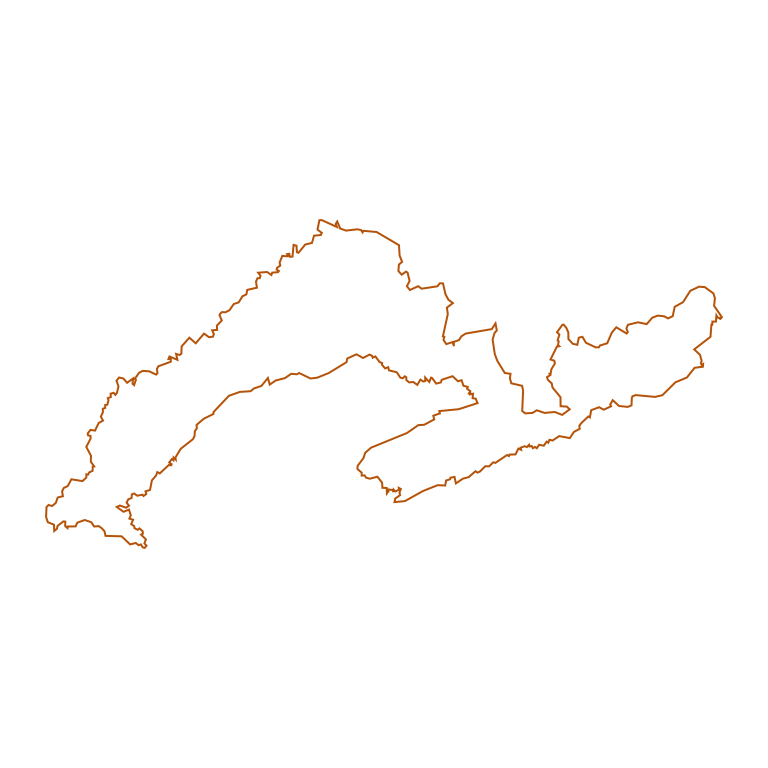 the district of Tlaltetela, Veracruz, Mexico
{"feature_id": "50627088B55726085156575", "entity_name": "Tlaltetela", "entity_type": "district", "adm_level": 2, "iso_a3": "MEX", "parent_name": "Mexico", "parent_adm1": "Veracruz", "projection": "natural_earth1", "projection_center": [-96.832, 19.284], "detail": "fine", "context": "isolated", "style": "outline", "palette": "amber", "viewbox_px": 768, "rotation_deg": 0, "n_neighbors": 0, "source": "geoboundaries", "source_scale": "gbopen_adm2", "svg_char_len": 6081}
<svg xmlns="http://www.w3.org/2000/svg" viewBox="0 0 768 768"><path d="M48.5,505.0L46.5,507.1L46.1,517.1L47.8,522.2L54.0,524.7L54.2,531.0L56.9,528.8L57.6,525.9L63.4,521.4L65.3,521.6L65.2,526.1L67.5,528.1L67.7,526.5L75.6,526.4L77.3,522.7L84.7,520.0L91.3,522.2L94.1,526.5L98.7,526.1L101.6,528.1L104.5,531.2L105.5,535.9L121.6,536.3L130.1,544.4L135.8,543.0L138.6,545.2L140.9,544.4L142.7,547.3L144.7,547.9L146.5,545.6L144.4,543.4L145.9,539.4L141.1,534.6L142.9,533.6L142.6,531.1L139.4,528.4L137.7,529.8L134.5,528.2L134.2,526.1L131.2,524.2L133.1,519.8L129.4,518.6L130.8,515.3L129.0,509.6L123.5,511.8L116.8,507.0L119.9,505.5L126.1,507.7L129.0,505.7L126.6,502.6L128.3,499.3L131.6,498.0L131.8,494.4L134.2,493.5L137.2,495.7L142.5,494.7L143.5,496.0L146.3,494.0L145.5,491.3L150.0,490.0L151.9,480.4L156.1,475.5L157.3,472.1L159.8,473.4L168.8,465.0L171.2,465.3L171.6,464.2L169.2,462.5L171.8,459.1L173.4,460.3L173.6,457.5L175.7,459.6L175.4,457.6L180.7,448.8L192.9,439.2L194.5,436.2L194.9,431.0L196.8,428.4L196.6,424.8L204.0,418.6L213.4,414.0L213.5,412.1L228.9,395.8L239.9,391.9L250.6,391.2L253.9,388.5L261.4,385.9L267.9,378.0L269.7,384.6L275.7,380.5L285.0,378.1L291.2,373.8L297.0,374.3L299.1,373.0L310.5,378.5L317.2,377.7L328.6,373.1L346.5,362.2L347.3,358.5L356.5,354.3L363.0,358.0L369.5,354.6L372.0,355.7L372.7,357.7L375.4,356.4L379.6,362.1L382.1,363.0L382.0,364.8L385.1,368.4L388.2,367.2L389.0,370.4L396.7,372.2L400.3,377.6L402.7,378.3L404.8,376.3L406.3,377.3L406.3,380.0L409.1,382.4L413.3,382.0L417.3,384.9L420.4,379.6L423.1,381.5L425.3,381.0L425.2,377.6L429.3,382.0L431.0,377.6L432.0,377.9L436.2,383.6L440.9,382.4L441.7,379.8L452.6,376.2L458.0,381.3L461.5,380.2L463.5,385.8L467.7,386.9L467.1,388.8L470.3,391.1L469.0,393.3L470.2,393.2L470.0,394.4L473.0,393.7L472.6,398.2L475.7,398.7L477.6,403.1L458.7,409.2L439.3,411.1L439.9,413.4L433.3,415.7L434.2,419.4L424.1,424.8L418.3,425.1L407.0,433.0L371.0,447.7L365.2,452.8L363.4,458.2L357.7,465.7L357.4,468.9L361.7,472.7L361.7,475.6L364.6,475.4L366.1,477.7L369.9,478.7L377.4,476.7L382.1,482.7L382.4,487.8L386.7,488.0L386.9,493.4L388.5,491.3L388.1,489.4L392.7,490.0L393.3,492.1L393.6,489.6L395.3,491.5L399.0,489.6L398.8,487.9L400.8,489.0L399.5,492.5L400.1,495.1L395.2,498.6L394.5,502.1L404.9,501.1L423.0,491.0L437.6,485.2L445.2,485.5L446.1,480.5L450.0,479.3L450.4,477.7L454.5,476.9L455.9,483.4L462.8,478.7L468.7,477.1L475.5,471.2L477.4,472.6L479.9,471.6L485.3,466.2L489.1,466.4L493.2,462.3L495.4,462.9L507.1,455.0L508.9,456.1L509.6,454.6L515.5,454.4L518.4,448.6L521.1,449.8L520.6,447.7L524.8,446.2L526.9,447.1L529.1,444.8L529.6,446.5L531.7,446.0L532.9,448.2L534.9,446.9L536.8,448.2L539.1,444.8L543.8,445.7L546.7,441.6L548.3,442.7L549.4,439.8L552.6,440.5L559.2,436.1L569.8,438.1L574.0,431.9L579.7,428.8L579.3,425.9L581.3,423.1L588.3,416.5L589.9,417.4L591.2,410.2L599.1,407.2L603.7,409.7L611.1,406.3L610.2,404.6L612.7,400.2L619.1,406.0L627.8,406.9L631.5,405.4L631.8,398.0L632.5,396.3L635.7,395.1L655.0,396.9L662.4,395.2L675.4,382.3L686.9,377.5L694.6,367.8L702.9,366.7L703.1,364.0L701.7,364.8L700.8,363.1L701.7,361.1L700.0,354.8L694.2,349.4L710.5,336.8L711.4,324.6L712.3,324.6L712.4,321.6L715.9,321.6L716.4,315.4L717.9,317.8L720.3,317.9L719.8,319.5L721.9,317.2L714.1,305.8L714.9,298.1L713.4,293.4L704.8,287.1L699.0,286.7L690.3,290.8L683.0,302.2L674.7,306.8L672.7,316.2L668.0,318.4L664.2,316.3L657.7,315.6L652.3,317.7L646.7,324.1L638.0,322.3L627.9,324.8L626.4,328.4L627.8,332.1L626.6,333.5L616.3,327.3L611.8,332.6L607.2,343.3L600.0,345.5L598.9,347.3L595.8,347.4L586.0,342.8L582.4,336.8L578.8,337.7L577.3,344.8L572.8,343.8L568.4,339.0L568.3,332.4L566.4,328.0L563.7,324.6L562.4,324.8L557.0,332.3L559.4,334.5L557.6,340.5L558.7,341.4L558.0,344.9L559.3,346.2L556.9,346.6L550.5,359.5L554.3,360.7L554.9,363.4L551.4,369.2L550.6,373.8L549.6,373.8L550.3,375.1L547.0,377.1L547.8,379.7L551.8,383.5L552.5,387.5L560.5,397.2L560.6,406.2L566.8,406.6L569.7,409.3L562.2,414.9L554.8,412.0L544.6,412.9L536.7,410.3L532.5,412.9L525.2,413.4L522.2,411.0L523.1,390.8L522.1,385.8L511.3,383.3L509.9,378.3L510.5,373.8L504.8,373.0L497.2,360.6L494.8,354.1L492.6,339.6L494.6,332.8L496.8,330.5L495.5,323.4L491.8,329.1L465.6,333.6L461.3,336.4L459.0,340.1L453.8,341.8L453.9,346.1L452.6,342.1L446.3,344.1L443.5,339.9L444.3,336.7L442.9,336.4L447.8,314.1L446.9,307.6L452.9,303.1L448.3,299.6L445.4,294.0L443.0,283.4L439.8,283.3L437.4,286.3L421.6,288.7L418.2,286.2L409.9,290.0L406.9,286.2L409.6,280.9L407.6,272.7L406.0,271.6L401.7,274.7L398.4,271.0L398.9,264.6L402.1,261.8L399.6,255.5L399.0,245.2L376.6,232.0L363.3,230.8L362.6,232.4L361.0,230.0L357.2,229.3L346.1,230.6L340.3,228.6L337.2,221.5L335.7,224.0L336.9,227.0L321.8,220.1L319.4,220.2L317.5,229.6L321.8,232.9L320.8,235.0L314.0,235.7L312.0,242.9L305.3,244.5L298.4,252.8L296.9,252.2L296.5,245.7L293.6,244.9L292.5,256.6L289.7,256.8L289.3,253.8L287.1,254.1L288.1,255.9L287.1,256.3L282.3,255.9L279.6,262.6L280.3,265.5L277.0,267.9L276.6,269.6L278.9,271.0L278.0,272.2L272.2,272.6L271.4,275.0L267.1,272.0L258.2,272.7L260.5,275.7L259.7,278.2L257.5,278.2L256.0,281.6L256.9,287.7L247.2,289.9L246.4,294.4L242.4,296.3L238.7,302.4L233.8,304.0L229.5,310.2L225.4,312.3L222.0,312.1L220.1,313.8L219.5,315.0L221.8,320.5L216.9,325.6L217.1,329.9L212.2,330.3L213.9,334.2L212.9,336.7L209.0,337.2L204.0,333.6L195.7,343.3L189.4,337.7L181.6,346.4L181.4,353.7L179.5,355.0L176.1,353.9L177.4,359.8L169.5,356.5L168.5,359.0L170.8,358.9L170.8,361.7L158.3,366.3L156.9,369.0L157.5,373.1L156.1,374.6L149.2,371.3L142.7,370.9L139.0,372.8L134.8,379.0L135.9,379.9L134.1,385.1L132.5,383.7L133.2,378.4L127.1,382.8L123.4,378.5L119.1,377.5L116.5,380.7L118.5,386.5L116.8,393.2L115.3,394.9L113.7,392.8L110.6,393.7L110.8,397.1L107.8,398.1L108.5,400.2L107.3,404.7L105.2,405.0L105.2,407.9L102.8,408.8L102.9,412.2L100.9,416.6L103.0,420.6L98.7,423.0L95.0,430.6L90.5,429.9L87.7,433.4L88.0,435.3L90.5,435.9L90.6,438.6L86.3,446.9L91.0,455.8L90.8,461.8L94.2,466.4L92.7,466.7L92.6,470.8L89.2,472.4L88.1,474.6L86.4,474.3L86.3,477.6L82.5,481.1L71.4,479.3L67.7,486.1L63.7,488.0L62.1,491.5L62.9,496.2L57.7,497.5L55.8,502.9L52.1,506.0L48.5,505.0Z" fill="none" stroke="#b45309" stroke-width="2"/></svg>